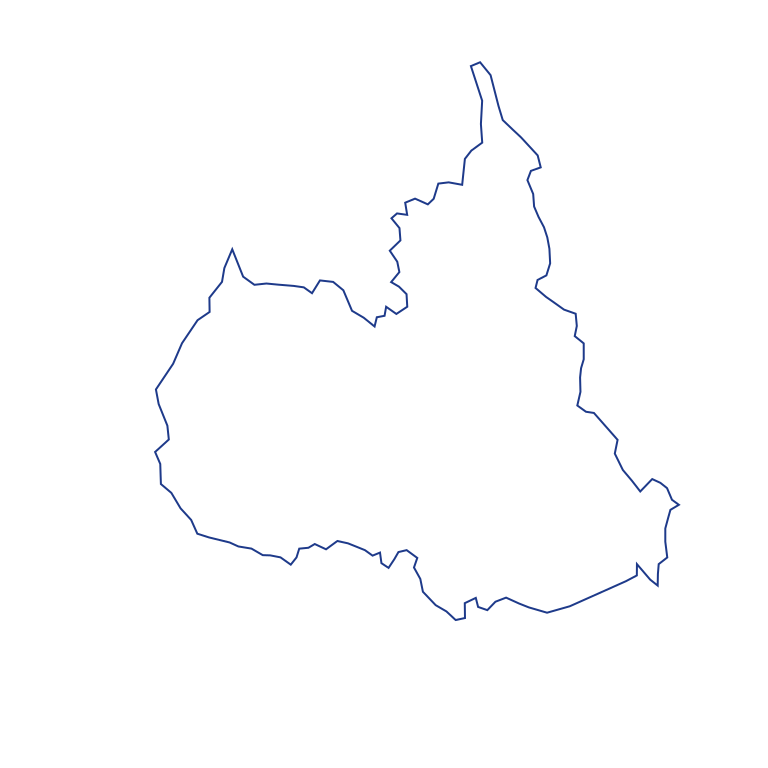 Santa Cecília do Sul, Rio Grande do Sul, Brazil, rotated 162°
{"feature_id": "56859067B17370166314486", "entity_name": "Santa Cecília do Sul", "entity_type": "district", "adm_level": 2, "iso_a3": "BRA", "parent_name": "Brazil", "parent_adm1": "Rio Grande do Sul", "projection": "equal_earth", "projection_center": [-51.909, -28.193], "detail": "fine", "context": "isolated", "style": "outline", "palette": "blue", "viewbox_px": 768, "rotation_deg": 162, "n_neighbors": 0, "source": "geoboundaries", "source_scale": "gbopen_adm2", "svg_char_len": 2098}
<svg xmlns="http://www.w3.org/2000/svg" viewBox="0 0 768 768"><g transform="rotate(162 384 384)"><path d="M193.2,660.3L203.1,659.5L203.1,623.1L211.5,601.3L216.0,583.2L228.8,579.0L237.5,573.1L248.1,549.3L260.2,555.8L270.4,557.8L279.5,544.8L286.8,541.3L297.2,550.7L307.8,549.9L309.7,537.7L318.9,542.2L325.7,539.3L321.1,527.5L324.0,515.5L337.3,509.0L333.6,496.2L334.8,485.7L345.7,478.7L339.7,472.0L334.8,462.5L338.0,450.3L350.6,446.8L358.1,456.8L362.4,448.7L370.2,449.7L375.2,441.6L382.8,453.3L391.8,463.5L393.7,485.7L400.8,496.8L412.9,502.3L424.4,492.6L430.4,500.7L439.6,505.2L454.2,511.3L464.8,515.9L476.6,518.4L484.8,529.6L486.7,559.0L500.0,543.6L506.5,531.2L523.4,520.0L527.6,506.4L541.6,502.3L563.5,485.2L578.3,468.4L602.6,449.3L604.5,434.6L602.9,411.3L605.8,397.7L622.7,390.1L621.5,377.1L627.1,357.8L619.9,346.2L615.9,328.6L609.4,314.3L607.8,299.3L597.9,292.2L579.8,281.0L572.7,274.5L560.9,268.4L552.2,258.7L545.2,256.2L536.0,251.1L528.5,241.0L520.8,246.1L515.5,253.6L506.5,251.6L499.3,253.2L490.2,244.7L476.9,249.1L467.5,243.6L459.7,237.1L453.5,231.9L447.9,224.3L439.9,224.9L441.8,214.4L436.5,207.7L428.3,214.2L422.2,219.7L413.8,219.0L406.1,208.3L412.2,200.2L409.7,187.4L411.2,174.4L403.2,157.7L394.9,148.4L388.8,137.4L379.3,136.4L374.9,150.6L362.8,152.2L363.4,142.9L355.6,137.0L345.3,142.5L333.9,143.1L323.4,133.5L315.3,126.8L299.6,116.1L276.0,115.2L214.8,121.7L202.7,123.8L199.1,134.5L191.3,115.7L186.0,107.7L182.2,118.7L178.4,127.8L168.2,131.5L165.2,147.1L161.1,159.7L155.1,168.9L150.5,175.8L140.9,178.0L145.9,184.9L147.0,197.5L151.7,204.6L158.3,210.7L173.5,202.6L178.1,215.4L183.4,228.4L186.0,246.5L179.1,258.7L193.3,291.6L200.5,295.2L206.8,303.8L199.6,315.8L195.5,329.6L191.7,338.1L186.4,345.8L181.5,360.9L187.8,370.6L182.7,379.6L180.0,391.6L189.8,399.1L195.5,406.8L203.0,416.8L210.2,428.5L205.8,435.5L196.0,437.1L188.7,447.4L184.9,461.5L183.4,472.9L183.4,483.6L185.4,495.2L186.4,506.4L183.4,518.6L184.6,533.6L178.4,541.3L168.0,541.6L167.2,553.9L172.8,566.1L177.4,576.1L182.7,585.7L189.5,598.3L189.2,612.9L187.2,644.8L193.2,660.3Z" fill="none" stroke="#1e3a8a" stroke-width="2"/></g></svg>